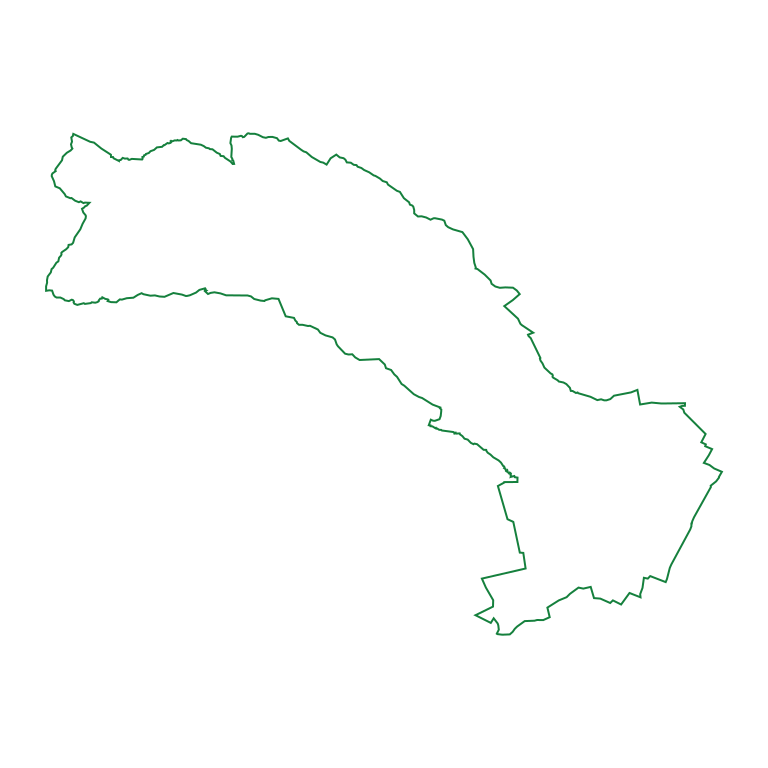 Galda De Jos, Alba, Romania
{"feature_id": "2599482B67050405953805", "entity_name": "Galda De Jos", "entity_type": "district", "adm_level": 2, "iso_a3": "ROU", "parent_name": "Romania", "parent_adm1": "Alba", "projection": "robinson", "projection_center": [23.552, 46.204], "detail": "fine", "context": "isolated", "style": "outline", "palette": "green", "viewbox_px": 768, "rotation_deg": 0, "n_neighbors": 0, "source": "geoboundaries", "source_scale": "gbopen_adm2", "svg_char_len": 6040}
<svg xmlns="http://www.w3.org/2000/svg" viewBox="0 0 768 768"><path d="M719.0,477.6L718.9,477.0L721.9,471.8L714.2,468.5L709.5,465.0L703.9,462.9L708.8,455.3L712.1,449.1L705.2,446.2L705.8,444.4L701.3,442.3L705.6,434.0L684.3,412.7L683.3,409.5L679.8,406.8L682.2,405.9L684.9,405.8L685.0,403.2L661.5,403.5L651.7,402.6L640.1,404.5L637.4,389.9L631.0,392.4L614.0,395.7L610.3,399.1L606.5,400.3L604.1,400.3L601.1,399.3L597.3,400.1L590.5,396.8L578.2,393.2L577.6,392.5L576.0,393.0L572.6,391.0L570.8,390.9L569.9,387.8L566.4,384.1L563.5,382.5L558.8,381.5L557.7,380.3L553.1,377.6L552.5,376.8L552.8,375.4L552.3,374.3L550.6,373.4L544.4,367.6L542.5,363.4L540.5,360.6L539.9,358.6L540.4,358.0L531.4,339.5L530.8,338.2L528.6,336.1L528.0,334.7L533.2,332.7L521.8,325.1L520.4,323.8L518.0,318.7L504.3,306.1L512.8,300.1L519.7,294.1L516.8,290.5L513.0,287.7L505.4,287.4L499.8,287.8L495.3,286.5L491.6,283.8L490.6,280.5L484.7,274.6L477.4,269.0L475.5,268.5L475.8,267.5L474.3,262.9L473.5,256.8L473.1,249.1L467.8,239.3L462.4,232.1L453.0,229.4L448.2,227.2L445.8,225.1L444.3,220.7L442.0,219.6L434.9,218.2L433.5,218.3L430.5,219.7L426.2,217.5L423.9,216.9L421.6,216.3L418.0,216.5L414.2,213.4L414.2,210.0L413.3,206.7L412.4,205.6L409.9,204.6L409.1,202.3L403.9,198.2L399.9,191.9L396.9,190.8L388.0,184.6L386.8,182.3L382.7,181.0L380.0,178.6L375.4,175.9L373.7,175.4L369.2,172.3L364.1,170.0L361.4,168.0L357.6,166.7L356.5,165.1L353.7,164.8L350.8,162.7L346.8,162.4L345.4,159.7L343.6,158.2L339.7,157.4L336.3,154.6L330.6,158.3L326.6,164.6L323.2,162.6L320.4,162.0L311.8,157.0L306.3,152.3L303.6,151.4L301.2,149.8L289.3,140.9L287.9,138.4L280.7,141.0L278.8,140.6L277.0,138.2L272.4,136.9L268.4,137.0L265.9,137.8L262.9,137.2L258.2,134.8L254.8,133.8L249.8,133.8L248.8,133.3L247.5,133.5L244.2,136.9L242.8,137.2L242.1,136.2L241.0,135.8L237.5,136.7L231.7,136.6L231.1,137.9L230.4,143.1L231.5,145.5L231.8,148.8L231.3,157.0L232.3,158.7L232.3,160.2L233.2,160.5L234.1,163.9L232.7,164.0L230.5,161.5L224.9,157.8L223.6,156.2L220.6,155.9L219.8,154.0L216.8,152.7L212.5,149.3L209.9,149.1L208.9,148.3L205.9,147.7L203.8,146.1L200.8,144.7L191.1,143.2L188.6,141.0L186.6,140.0L186.0,139.1L182.8,138.7L180.9,140.3L178.6,140.5L177.4,140.0L176.9,140.5L174.7,140.4L172.0,141.4L171.0,140.8L170.6,141.1L170.9,142.5L170.4,142.9L168.8,143.4L167.5,143.0L164.4,145.2L163.8,145.1L162.1,146.8L156.9,147.4L154.1,149.9L150.5,151.2L148.8,153.0L145.9,154.0L145.6,154.8L144.1,155.3L143.8,156.6L142.4,157.0L142.6,158.8L142.1,159.5L131.8,158.9L129.5,159.8L128.5,159.7L127.6,158.5L124.8,158.6L122.7,157.9L120.7,160.0L118.7,160.3L118.8,160.9L113.6,158.3L113.1,157.1L111.0,157.0L110.9,154.7L101.3,148.5L94.0,142.6L90.2,141.8L73.3,133.9L72.8,136.1L71.3,137.4L72.0,141.7L71.0,144.3L71.7,147.3L72.4,148.6L70.6,150.5L66.8,152.8L62.8,156.7L62.0,160.3L55.7,168.8L55.2,170.2L55.7,171.1L52.5,173.4L51.9,174.5L51.7,176.1L54.0,181.2L55.3,186.4L59.8,188.3L64.7,194.1L65.9,196.4L70.3,198.2L71.5,198.0L75.1,200.7L78.9,202.2L80.6,201.4L83.5,203.1L84.9,202.6L89.4,202.8L86.8,205.6L85.1,206.3L84.1,207.5L82.0,208.8L83.3,212.5L85.5,215.1L85.9,216.1L85.6,218.4L82.6,223.8L80.3,229.3L74.7,237.4L73.1,242.8L71.6,244.4L68.6,244.9L68.2,247.2L66.2,249.2L62.1,252.0L61.3,253.0L61.5,254.5L61.0,255.6L59.1,257.7L58.3,261.4L56.4,262.7L53.2,267.7L51.6,269.1L50.8,272.4L47.7,276.5L47.0,280.2L47.1,282.7L46.1,286.3L46.1,290.8L49.3,290.3L52.1,290.6L53.5,294.7L54.8,296.5L56.5,297.5L60.3,297.5L63.7,299.1L64.8,300.3L68.9,301.1L71.7,299.7L72.8,300.0L73.6,300.9L73.9,301.7L73.6,302.5L74.4,303.8L77.3,304.9L83.8,303.2L84.9,303.9L90.8,303.1L91.7,302.3L95.3,302.7L97.4,302.1L98.7,301.3L98.7,300.5L100.2,298.6L101.8,298.6L102.3,297.3L105.3,298.9L107.9,299.4L108.4,299.9L107.7,301.1L111.0,302.1L116.4,302.3L119.8,299.4L121.9,299.6L126.8,298.2L133.4,297.7L137.8,294.9L141.6,293.2L143.4,294.2L150.4,295.7L154.9,295.4L159.6,296.5L164.5,296.8L173.4,293.0L182.0,294.6L185.9,296.0L187.2,295.9L189.8,295.3L196.0,292.6L199.4,289.9L205.1,288.3L205.6,289.1L205.1,289.9L206.3,290.5L205.0,291.2L208.0,294.0L210.6,292.9L214.4,292.3L220.5,293.4L226.1,295.3L247.6,295.5L251.0,296.4L254.2,299.0L260.6,300.6L264.5,301.0L265.1,300.3L271.9,298.3L278.5,298.9L285.7,316.3L294.0,317.9L295.3,320.5L296.9,322.1L297.0,323.1L299.0,324.8L302.5,324.8L308.0,326.0L310.0,325.8L317.9,329.5L320.3,332.8L325.5,335.4L332.6,337.4L335.0,339.5L336.7,344.4L338.0,346.3L345.1,353.7L348.5,354.5L352.3,354.3L355.2,357.4L359.6,360.0L379.1,359.1L384.8,364.5L386.0,368.2L391.1,370.0L394.3,374.4L397.0,376.8L401.6,384.0L404.3,385.7L413.8,394.2L419.0,397.0L422.1,398.0L432.6,404.6L440.3,407.5L439.9,408.2L441.3,409.5L441.2,411.5L440.7,416.0L439.5,419.2L434.9,420.8L433.0,420.7L430.8,419.7L428.8,425.2L430.5,425.4L430.5,426.2L432.5,426.4L435.0,428.0L435.9,427.8L436.3,428.7L437.1,428.5L439.2,429.8L441.2,429.9L441.9,430.5L453.2,432.0L454.0,432.4L454.4,433.5L455.7,432.7L456.1,433.6L459.7,433.4L460.0,434.4L462.4,436.1L464.5,438.7L467.7,439.6L470.9,442.9L473.5,444.2L474.3,443.6L477.1,444.2L483.6,449.8L486.2,449.9L486.4,450.9L487.7,452.7L490.5,454.6L493.3,457.3L498.6,460.4L501.0,462.6L503.2,466.0L504.1,466.4L504.6,467.5L504.1,468.1L505.7,469.3L505.9,470.9L506.4,471.3L507.3,470.4L507.7,472.0L509.1,473.5L509.8,472.6L510.9,473.5L510.6,475.8L511.6,476.2L511.2,476.8L514.3,476.0L514.8,477.2L517.5,477.6L517.4,482.0L504.3,482.1L504.3,482.5L497.9,486.0L507.5,519.2L513.3,521.9L519.8,552.6L523.3,552.9L525.6,568.5L481.9,578.6L485.9,587.6L493.2,600.2L493.0,606.6L475.5,615.2L490.8,622.9L493.7,618.3L497.7,623.5L498.3,625.4L498.8,629.7L496.8,633.7L497.4,634.1L502.3,634.7L509.8,634.4L512.7,631.8L514.8,628.8L517.2,626.5L524.7,621.1L534.5,620.7L537.1,620.0L543.2,620.1L549.7,617.2L547.4,607.6L558.8,600.4L566.6,597.2L570.0,593.8L578.5,587.6L583.3,588.6L590.7,586.9L594.0,598.1L600.3,598.6L610.2,603.0L612.9,600.4L621.1,604.5L629.5,593.0L640.5,597.3L640.2,594.1L642.5,587.9L643.9,577.8L647.8,578.6L650.2,576.1L665.7,582.1L667.0,578.9L669.8,567.9L671.3,564.5L690.2,529.5L691.4,526.3L691.4,523.6L691.8,523.6L692.2,521.4L694.0,517.3L710.9,487.0L710.7,485.7L716.1,481.4L719.0,477.6Z" fill="none" stroke="#15803d" stroke-width="2"/></svg>